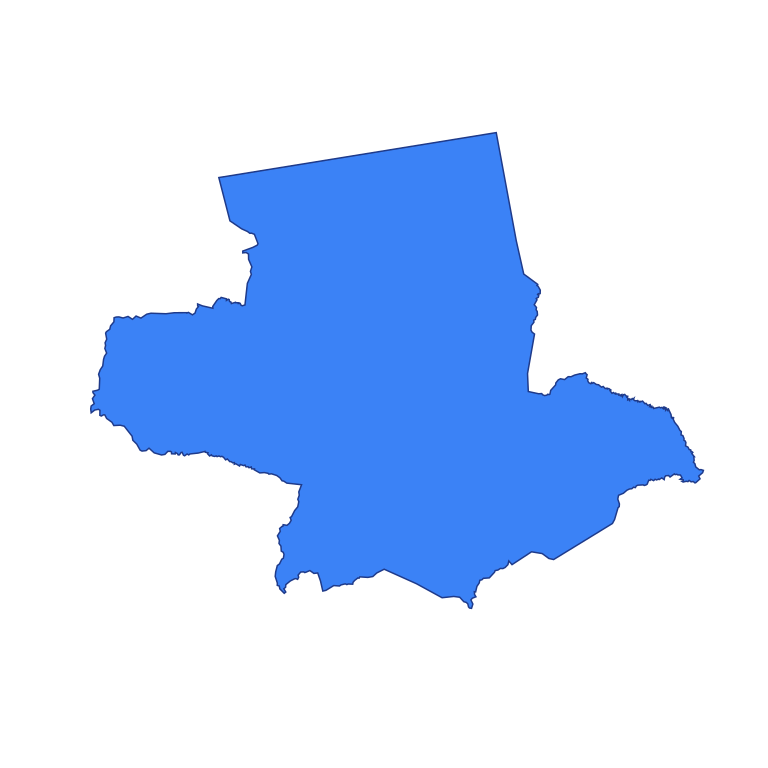 Molumbo, Zambezia, Mozambique (Robinson projection), rotated 77°
{"feature_id": "85939544B56224707964526", "entity_name": "Molumbo", "entity_type": "district", "adm_level": 2, "iso_a3": "MOZ", "parent_name": "Mozambique", "parent_adm1": "Zambezia", "projection": "robinson", "projection_center": [36.267, -15.679], "detail": "fine", "context": "isolated", "style": "filled", "palette": "blue", "viewbox_px": 768, "rotation_deg": 77, "n_neighbors": 0, "source": "geoboundaries", "source_scale": "gbopen_adm2", "svg_char_len": 6155}
<svg xmlns="http://www.w3.org/2000/svg" viewBox="0 0 768 768"><g transform="rotate(77 384 384)"><path d="M520.1,98.5L519.0,99.4L519.1,100.1L517.2,100.0L516.5,101.4L513.9,102.0L512.1,104.1L508.9,103.0L507.2,103.4L506.3,104.4L504.6,103.9L501.5,104.4L500.4,106.0L497.2,105.0L495.7,106.1L491.3,107.2L486.8,109.4L482.9,110.2L482.2,109.4L481.5,110.0L482.0,111.0L481.5,111.5L478.3,111.2L472.2,112.5L472.2,113.2L473.4,113.6L472.0,114.3L472.7,115.3L471.4,114.9L471.3,116.7L470.3,116.8L470.2,115.2L469.3,116.4L470.7,117.6L469.3,118.4L469.4,120.0L468.5,120.9L468.5,126.8L467.3,126.8L467.0,128.9L466.4,129.2L466.6,128.2L466.0,128.0L465.8,130.3L464.7,129.7L465.0,129.1L463.9,129.3L464.2,131.8L461.8,133.0L461.9,134.2L458.8,135.9L459.1,138.6L458.5,138.5L458.4,139.8L457.5,140.3L458.1,140.7L457.3,140.9L456.8,143.2L455.3,144.5L454.2,143.8L454.7,144.8L454.0,145.4L454.8,146.6L453.8,148.2L455.1,148.5L454.0,149.1L454.3,150.1L452.6,149.6L451.5,150.4L450.8,149.4L450.0,150.9L448.3,151.8L448.3,153.0L449.9,154.5L447.7,154.5L447.9,155.4L449.0,155.2L448.6,156.3L447.8,156.5L447.6,157.7L446.6,157.4L446.0,159.9L445.1,160.2L445.7,160.9L443.9,162.4L444.4,163.9L441.3,165.3L440.9,164.3L439.1,165.9L438.8,167.1L438.2,166.5L439.0,167.6L438.2,167.9L438.2,169.5L435.7,171.0L436.0,172.8L433.0,175.1L432.2,177.2L429.8,179.4L430.2,181.2L429.3,181.3L430.1,182.7L428.8,184.2L426.7,184.8L425.3,184.2L423.7,185.6L420.6,184.0L418.7,185.4L418.2,184.7L418.7,188.5L418.1,190.7L418.2,196.4L419.0,200.1L418.3,202.9L420.3,207.0L418.6,210.9L419.2,213.3L421.6,216.3L423.5,217.0L427.7,223.0L431.2,224.6L431.5,225.6L430.8,226.7L431.5,227.9L431.4,230.2L430.2,231.8L428.8,232.5L428.3,235.5L423.8,245.1L406.1,241.8L369.2,226.1L366.9,228.0L364.6,228.7L360.3,227.4L357.5,224.0L355.5,223.8L355.1,222.0L353.3,221.3L351.3,218.9L347.8,218.4L345.9,219.1L343.7,218.2L340.6,219.8L336.4,216.0L334.9,216.4L334.2,214.1L332.6,213.3L331.3,214.2L330.7,213.3L331.3,212.2L331.0,211.5L327.7,210.6L323.3,211.9L322.5,212.8L321.5,211.8L308.3,223.1L274.2,222.9L164.3,218.1L145.7,498.5L190.4,497.4L200.8,487.8L204.7,482.7L207.0,480.8L207.2,479.2L209.0,476.6L218.9,475.2L220.2,476.3L221.4,481.1L222.7,491.7L224.5,492.1L224.9,488.7L226.9,486.8L232.1,487.9L240.2,486.4L244.2,488.8L247.4,488.6L255.2,494.5L275.7,501.7L275.9,504.6L275.0,505.6L273.1,506.0L272.8,507.7L272.2,507.3L271.4,510.3L271.0,510.3L271.3,514.6L269.7,514.7L268.9,515.9L266.9,515.9L266.4,516.6L267.1,518.7L265.6,518.3L263.0,523.2L264.0,524.5L263.6,525.8L265.0,528.1L269.9,533.4L271.7,533.7L267.0,543.4L264.1,547.6L266.0,548.0L266.8,547.4L268.8,550.0L272.4,552.2L273.5,555.1L270.2,558.5L270.5,560.1L270.1,560.2L267.4,572.3L266.5,580.6L262.6,595.2L262.6,599.5L265.1,606.0L262.0,610.3L264.4,614.5L260.6,618.2L261.0,623.4L259.0,627.2L258.5,629.9L258.7,632.1L262.7,633.2L265.8,637.3L269.0,638.9L270.6,642.7L271.8,643.8L278.0,644.1L281.1,646.5L283.8,646.6L286.6,648.0L291.5,647.3L294.1,650.1L296.9,651.7L303.2,654.0L306.2,657.2L310.3,659.9L314.4,659.7L325.0,662.6L325.6,664.4L325.6,669.3L327.0,669.5L329.8,668.2L332.7,671.4L338.0,670.8L339.6,674.3L342.4,675.4L346.2,675.8L344.3,671.7L344.4,667.9L345.7,666.7L350.6,667.9L351.6,666.7L350.9,664.0L351.3,663.0L355.2,662.0L360.1,657.7L363.7,656.6L364.8,650.3L366.7,646.6L378.2,641.2L382.3,641.4L387.0,638.4L393.6,636.5L394.9,634.9L395.4,630.8L393.7,627.4L399.4,623.4L403.1,616.7L403.3,613.3L401.0,609.8L401.6,607.2L402.5,606.4L404.2,606.7L405.2,603.2L403.8,602.7L405.3,601.0L406.8,600.5L407.0,599.2L405.1,597.2L405.1,596.1L408.3,595.4L409.1,594.4L407.9,591.6L409.2,590.2L408.5,588.8L409.5,580.5L409.4,573.5L410.3,573.5L411.4,571.0L412.3,571.6L414.9,570.1L414.2,568.1L415.3,567.7L416.5,565.3L416.3,563.7L417.2,563.0L417.0,561.0L418.1,559.6L418.0,558.2L419.4,556.8L422.3,555.4L421.8,553.5L425.0,551.7L425.3,550.4L426.8,549.1L426.9,547.5L428.5,547.9L428.3,546.4L431.4,543.2L430.1,542.1L432.0,539.0L431.7,537.7L433.7,537.1L434.0,535.0L435.2,534.4L435.0,532.0L436.9,532.1L437.6,529.3L438.4,529.7L442.7,525.0L443.4,520.5L444.9,517.1L445.9,516.5L446.2,513.8L449.0,509.1L452.0,506.5L455.4,505.1L456.0,503.6L458.7,501.0L463.6,487.0L470.0,491.3L473.3,491.6L476.9,493.9L479.5,493.5L484.3,495.7L487.2,499.5L492.5,504.0L492.9,505.5L495.9,505.1L498.4,507.4L499.9,510.3L498.4,513.9L499.9,514.6L499.8,515.3L501.3,518.2L504.2,518.2L508.0,522.0L512.8,521.1L515.8,522.2L518.8,520.9L523.7,521.7L525.4,520.0L527.7,519.8L531.2,521.3L531.7,523.0L535.8,526.3L536.9,528.8L542.7,531.8L547.0,533.3L553.9,532.7L556.2,533.3L557.3,531.5L560.2,531.6L565.5,528.3L564.6,526.5L561.0,527.7L559.9,525.6L557.4,524.8L554.8,519.5L553.7,514.9L553.8,513.6L554.9,512.1L553.1,510.6L550.9,510.7L548.5,507.5L549.0,504.4L549.8,503.9L549.9,502.8L549.1,498.2L552.8,494.9L553.2,491.1L561.6,490.2L572.0,490.2L572.0,487.0L569.1,478.3L570.8,472.8L570.1,471.1L570.0,466.7L571.1,465.3L570.8,464.0L572.0,459.5L570.3,458.8L568.8,456.8L567.1,453.1L567.6,452.0L566.5,450.9L568.8,443.3L569.1,438.2L566.5,433.6L564.5,425.5L585.9,397.3L605.3,375.5L606.7,363.8L608.8,358.2L614.1,355.2L615.3,353.0L617.1,351.8L620.2,351.8L621.5,351.1L622.3,349.2L618.4,346.9L613.9,347.9L612.6,346.1L612.0,342.3L609.5,343.1L606.7,342.7L607.2,341.5L602.1,339.0L599.3,336.0L596.8,334.8L596.8,332.7L595.7,330.9L596.6,325.0L592.3,318.7L590.8,317.7L590.9,314.8L589.9,312.1L590.6,309.7L590.0,307.2L587.9,303.9L584.5,302.2L588.8,299.9L580.7,278.0L584.8,268.0L591.1,262.6L593.2,258.2L571.3,192.8L567.9,189.8L557.2,183.8L556.4,182.4L553.8,181.6L548.7,182.1L545.2,180.5L544.3,175.3L542.1,171.1L541.5,168.3L541.8,166.1L540.7,164.1L541.5,162.4L540.0,161.0L539.7,159.4L540.6,154.1L541.4,153.3L541.3,151.4L540.8,150.1L537.3,147.7L537.8,146.4L536.9,145.5L538.8,143.0L537.8,141.3L538.8,140.0L538.4,137.8L539.0,137.4L538.0,134.5L540.2,132.5L538.0,131.6L536.8,130.2L537.2,127.3L539.0,126.2L536.9,121.3L537.8,120.7L537.8,119.0L538.6,118.3L539.4,115.6L542.5,114.7L543.4,116.9L544.6,114.0L546.1,114.2L546.0,115.4L546.8,114.6L546.8,111.3L547.5,109.8L546.6,108.4L548.4,106.8L548.6,104.6L550.3,103.3L550.3,102.5L547.5,97.4L544.5,98.1L542.1,93.5L540.0,92.2L538.7,94.4L538.5,96.1L534.9,98.9L531.6,99.0L529.8,100.1L528.3,99.0L524.5,98.5L524.6,98.0L521.1,99.7L520.1,98.5Z" fill="#3b82f6" stroke="#1e3a8a" stroke-width="1.5"/></g></svg>